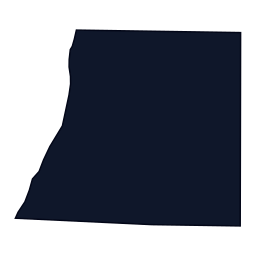 outline of Manistee, Michigan, United States of America
{"feature_id": "52423323B69825151981471", "entity_name": "Manistee", "entity_type": "district", "adm_level": 2, "iso_a3": "USA", "parent_name": "United States of America", "parent_adm1": "Michigan", "projection": "albers", "projection_center": [-86.216, 44.341], "detail": "fine", "context": "isolated", "style": "filled", "palette": "ink", "viewbox_px": 256, "rotation_deg": 0, "n_neighbors": 0, "source": "geoboundaries", "source_scale": "gbopen_adm2", "svg_char_len": 367}
<svg xmlns="http://www.w3.org/2000/svg" viewBox="0 0 256 256"><path d="M240.6,32.6L76.4,30.1L74.3,39.3L72.3,46.3L70.3,49.6L69.2,59.4L69.1,67.0L70.5,76.4L70.6,84.0L69.0,95.1L62.4,125.9L49.9,146.5L43.6,159.8L39.1,171.5L32.5,178.9L29.4,190.1L24.9,201.9L18.1,212.2L15.4,218.2L151.8,224.6L240.2,225.9L240.6,32.6Z" fill="#0f172a" stroke="#020617" stroke-width="1.5"/></svg>